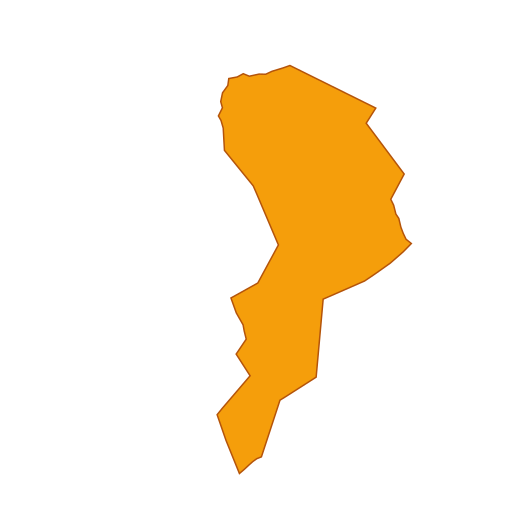 outline of Olho D'Água do Piauí, Piauí, Brazil, rotated 214°
{"feature_id": "56859067B64326176741093", "entity_name": "Olho D'Água do Piauí", "entity_type": "district", "adm_level": 2, "iso_a3": "BRA", "parent_name": "Brazil", "parent_adm1": "Piauí", "projection": "mercator", "projection_center": [-42.549, -5.829], "detail": "fine", "context": "isolated", "style": "filled", "palette": "amber", "viewbox_px": 512, "rotation_deg": 214, "n_neighbors": 0, "source": "geoboundaries", "source_scale": "gbopen_adm2", "svg_char_len": 848}
<svg xmlns="http://www.w3.org/2000/svg" viewBox="0 0 512 512"><g transform="rotate(214 256 256)"><path d="M239.4,445.6L334.4,432.9L338.7,427.1L346.0,418.1L349.6,412.1L355.2,408.5L362.1,401.3L368.5,400.0L371.7,393.9L377.8,387.9L374.7,381.6L375.0,372.6L371.6,364.3L366.7,360.1L365.5,351.1L360.8,348.8L354.7,343.7L341.2,325.9L297.5,312.6L289.8,307.7L243.6,277.7L239.4,234.6L253.3,207.2L240.5,197.8L228.2,191.7L223.8,187.2L217.6,181.6L217.6,163.6L193.9,153.4L198.8,110.7L199.5,102.7L177.8,86.4L148.1,66.4L146.3,73.0L145.1,78.3L143.7,83.8L142.0,88.4L139.2,92.5L155.5,149.9L152.8,155.9L138.4,189.2L176.2,257.8L152.0,296.0L147.3,307.7L140.7,325.2L136.3,341.8L134.2,353.2L141.0,353.8L146.6,357.1L152.0,360.9L158.6,367.0L163.5,369.0L170.3,375.1L176.0,378.4L179.0,406.8L238.9,427.7L239.4,445.6Z" fill="#f59e0b" stroke="#b45309" stroke-width="1.5"/></g></svg>